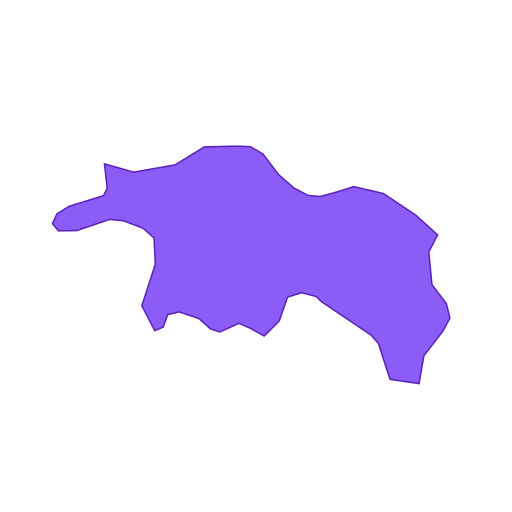 Koung-Khi, Ouest, Cameroon, rotated 108°
{"feature_id": "32672807B81686658173178", "entity_name": "Koung-Khi", "entity_type": "district", "adm_level": 2, "iso_a3": "CMR", "parent_name": "Cameroon", "parent_adm1": "Ouest", "projection": "equal_earth", "projection_center": [10.485, 5.336], "detail": "fine", "context": "isolated", "style": "filled", "palette": "violet", "viewbox_px": 512, "rotation_deg": 108, "n_neighbors": 0, "source": "geoboundaries", "source_scale": "gbopen_adm2", "svg_char_len": 822}
<svg xmlns="http://www.w3.org/2000/svg" viewBox="0 0 512 512"><g transform="rotate(108 256 256)"><path d="M215.2,428.6L237.8,418.4L245.7,419.7L266.4,449.0L277.3,458.3L288.2,459.6L293.1,451.6L287.2,434.3L266.4,406.4L263.5,393.1L264.5,371.8L270.4,358.5L295.1,349.2L338.6,349.2L358.3,329.2L352.3,322.3L339.0,321.8L333.0,312.0L333.1,291.1L339.5,276.5L339.4,266.9L325.3,251.4L326.5,239.2L329.6,223.5L310.5,213.8L285.4,213.3L276.8,201.2L275.9,186.2L279.2,179.7L295.7,122.1L301.3,112.6L331.9,90.4L327.0,61.5L298.9,65.5L269.7,55.0L255.1,52.4L242.5,60.2L228.9,79.8L198.8,92.9L179.8,89.8L167.8,116.6L157.2,154.1L159.8,184.5L170.6,199.6L179.6,213.5L182.3,225.3L179.6,241.0L171.7,259.5L156.9,280.8L153.7,295.2L158.0,309.9L168.2,338.9L194.3,361.1L214.1,398.4L215.2,428.6Z" fill="#8b5cf6" stroke="#5b21b6" stroke-width="1.5"/></g></svg>